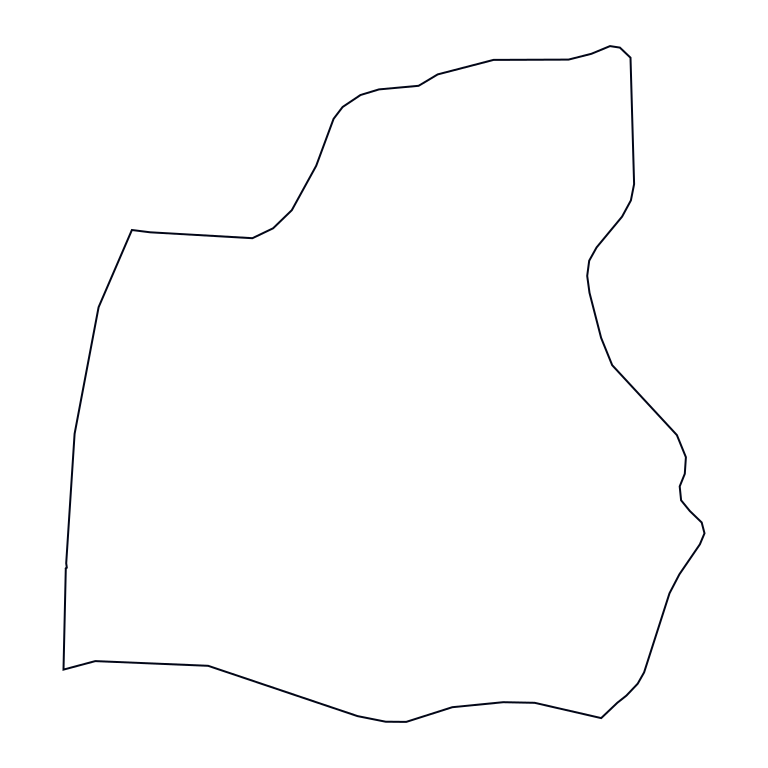 the border of Madaba
{"feature_id": "JOR-858", "entity_name": "Madaba", "entity_type": "Province", "adm_level": 1, "iso_a3": "JOR", "parent_name": "Jordan", "parent_adm1": "", "projection": "orthographic", "projection_center": [35.711, 31.597], "detail": "fine", "context": "isolated", "style": "outline", "palette": "ink", "viewbox_px": 768, "rotation_deg": 0, "n_neighbors": 0, "source": "natural_earth", "source_scale": "10m", "svg_char_len": 838}
<svg xmlns="http://www.w3.org/2000/svg" viewBox="0 0 768 768"><path d="M63.5,669.6L65.8,568.2L65.2,567.6L66.1,568.3L66.8,567.7L66.6,566.1L66.2,563.3L74.6,433.8L98.6,307.2L131.9,230.0L150.2,232.3L252.4,238.2L273.1,228.3L291.8,210.2L316.2,165.8L333.6,118.8L342.6,107.0L360.5,95.0L379.0,89.4L418.6,85.8L437.7,74.4L493.5,59.9L568.5,59.6L591.4,53.8L610.0,46.1L619.9,47.6L630.5,57.7L634.1,184.1L630.9,200.4L622.1,216.6L596.6,247.4L589.2,260.7L587.2,275.9L589.5,292.8L601.1,337.8L612.2,365.2L676.9,435.1L685.9,457.2L684.8,473.8L679.7,486.4L681.1,500.3L689.9,511.1L701.7,522.5L704.5,533.3L699.9,544.3L679.4,574.3L669.5,593.3L644.1,672.4L637.7,683.7L626.4,695.6L617.4,702.7L601.2,718.1L534.6,702.8L503.2,702.2L452.3,707.2L406.2,721.9L385.6,721.7L357.5,716.1L208.1,665.8L95.3,661.1L63.5,669.6Z" fill="none" stroke="#020617" stroke-width="2"/></svg>